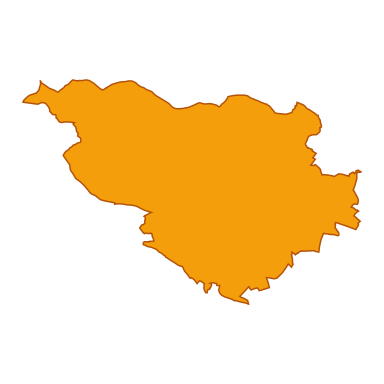 outline of Raciu, Mures, Romania
{"feature_id": "2599482B26505266969931", "entity_name": "Raciu", "entity_type": "district", "adm_level": 2, "iso_a3": "ROU", "parent_name": "Romania", "parent_adm1": "Mures", "projection": "robinson", "projection_center": [24.372, 46.712], "detail": "fine", "context": "isolated", "style": "filled", "palette": "amber", "viewbox_px": 384, "rotation_deg": 0, "n_neighbors": 0, "source": "geoboundaries", "source_scale": "gbopen_adm2", "svg_char_len": 5942}
<svg xmlns="http://www.w3.org/2000/svg" viewBox="0 0 384 384"><path d="M291.6,267.2L292.0,266.1L293.1,264.2L292.6,263.0L292.4,259.0L291.7,255.6L291.8,254.7L291.5,254.5L292.0,253.6L291.9,252.2L292.7,252.5L294.7,254.1L294.7,254.4L295.4,254.8L297.2,253.2L297.6,253.4L300.3,251.2L310.3,250.9L313.3,250.6L315.8,251.5L318.8,252.1L319.7,245.4L321.0,239.8L321.8,237.3L322.1,237.0L323.5,233.4L326.1,233.9L327.4,233.8L329.2,234.4L334.0,234.6L337.6,235.7L338.4,235.5L338.7,235.3L338.8,234.8L338.7,232.8L338.1,232.1L338.1,231.6L337.3,231.0L336.4,229.3L335.2,227.9L335.4,227.5L335.2,226.8L335.1,225.9L335.5,225.3L335.5,225.0L335.1,223.9L335.1,223.6L335.7,223.1L335.8,222.5L345.8,225.8L355.8,229.5L356.1,229.3L356.5,228.5L356.6,228.0L357.9,226.2L358.4,225.3L358.5,224.5L358.0,223.4L360.2,221.3L355.8,217.3L353.9,215.9L355.3,213.6L357.4,211.7L358.6,211.3L358.5,211.0L357.8,210.6L357.2,210.0L355.9,210.1L354.5,208.6L352.4,207.4L351.5,207.4L351.2,207.2L352.5,205.2L353.9,204.1L355.1,203.9L357.2,204.4L357.6,204.0L358.4,201.0L358.0,198.9L356.9,196.3L355.5,194.0L354.5,191.9L353.6,190.5L353.1,190.1L354.0,188.1L354.8,185.8L356.8,178.7L356.8,172.5L360.7,172.2L361.0,171.9L358.1,170.1L355.9,171.0L356.2,172.2L354.9,172.8L354.4,173.6L353.1,172.1L349.8,173.9L349.5,174.2L349.2,175.8L349.0,176.2L348.0,175.7L347.8,176.0L343.4,174.5L338.9,173.8L334.3,176.5L333.1,176.0L327.8,175.0L323.5,174.7L322.0,174.9L320.5,170.5L320.5,169.7L320.1,169.0L318.3,167.1L315.3,164.6L314.1,165.2L313.9,165.5L310.8,165.2L315.3,159.2L312.8,157.8L316.2,153.4L312.1,150.9L312.5,150.1L312.3,149.6L311.0,148.9L310.4,148.9L308.2,147.7L307.7,148.0L307.0,147.1L306.8,146.4L305.6,144.9L305.4,144.1L305.5,143.5L307.3,139.8L307.9,137.5L308.5,136.6L309.6,135.9L311.9,134.9L316.6,134.6L318.9,132.7L320.0,131.5L320.1,130.8L319.9,127.7L320.7,127.6L321.3,127.1L321.5,126.0L321.1,124.5L320.6,123.4L320.4,121.6L320.2,121.5L320.2,120.1L318.8,118.3L318.1,115.4L317.6,115.4L316.7,115.0L314.8,113.3L310.7,110.7L309.6,109.7L307.5,109.0L305.9,107.4L305.4,106.6L304.6,106.0L303.6,105.0L297.1,102.3L296.3,105.9L295.3,105.7L295.2,107.4L294.9,107.4L294.7,108.7L292.9,109.7L291.9,112.5L286.0,114.3L276.5,113.3L275.3,113.1L270.4,107.1L269.0,105.7L266.5,104.4L266.6,104.2L265.3,103.9L261.0,102.3L257.6,100.6L255.6,100.0L253.8,99.1L252.2,98.6L249.8,97.4L248.0,96.1L247.4,95.8L245.2,95.3L242.7,95.1L236.4,95.2L232.3,95.7L228.0,96.7L227.5,98.0L225.4,101.1L224.3,102.2L221.7,104.2L220.0,106.5L219.6,106.7L218.4,106.6L218.1,106.2L216.4,105.1L212.3,104.0L209.4,103.6L205.3,104.0L202.4,103.6L200.5,102.9L198.8,102.9L198.1,103.1L194.5,104.9L188.5,107.4L182.5,108.5L177.1,108.8L175.0,108.4L173.6,107.8L171.7,106.5L169.3,103.9L167.7,102.7L155.3,95.2L151.8,91.7L149.2,90.6L146.5,89.6L143.6,87.6L141.2,86.9L140.4,86.5L138.7,85.5L137.0,84.0L136.2,83.1L132.8,81.3L131.4,81.0L128.9,80.9L124.8,81.7L120.4,82.0L116.5,83.0L111.3,84.7L106.2,88.1L106.0,87.9L103.7,89.7L102.9,89.9L100.8,89.1L100.0,88.6L93.8,83.3L91.3,81.7L89.4,80.6L86.2,79.9L81.3,80.7L79.6,80.4L78.4,80.8L76.6,80.6L76.3,80.8L72.9,79.9L72.1,80.4L67.8,84.7L65.2,85.6L64.4,87.0L63.6,87.8L59.6,90.6L58.9,91.6L58.1,92.3L53.9,90.0L52.2,89.5L50.2,88.5L49.9,88.6L49.0,88.1L45.4,85.4L42.0,83.3L40.0,80.4L40.4,81.5L40.6,83.5L40.3,85.2L39.5,87.5L39.1,89.5L38.1,91.0L36.3,93.2L34.5,93.5L33.3,94.1L30.7,94.8L28.7,95.8L24.9,99.1L23.3,101.1L23.0,102.2L37.5,104.2L39.3,103.6L41.2,102.7L42.8,102.6L45.0,103.2L46.3,104.1L48.5,106.9L49.6,109.1L49.8,111.5L50.8,112.4L52.1,114.0L52.7,114.5L53.2,114.6L55.6,114.8L56.2,116.5L56.1,117.9L56.6,118.5L57.3,118.8L59.0,121.5L59.4,121.8L60.1,122.2L61.8,122.5L66.0,121.9L70.1,122.1L74.4,122.7L73.1,124.0L74.1,125.4L75.4,126.6L75.8,127.2L76.6,131.4L77.6,132.9L78.3,133.1L78.3,133.7L77.7,135.4L77.7,136.1L80.3,137.8L81.0,141.0L80.9,141.5L80.2,142.4L77.3,143.1L76.0,144.1L73.2,145.2L71.4,147.1L69.8,147.9L68.9,149.4L65.8,151.5L64.4,153.3L63.3,155.2L63.4,155.7L64.2,157.0L69.6,164.6L69.8,165.2L70.1,168.2L70.5,170.0L70.9,170.8L73.1,173.9L75.5,178.2L76.3,179.0L80.1,181.6L84.6,185.9L88.7,190.9L89.7,192.4L90.6,193.2L91.8,194.1L95.6,195.7L97.8,197.7L100.4,199.6L104.2,200.8L114.2,202.7L115.0,203.0L114.7,204.2L117.7,203.8L121.5,203.9L126.7,204.8L131.2,205.1L135.6,205.9L137.9,206.9L141.8,209.0L144.6,210.3L151.3,212.4L149.8,213.0L147.0,214.7L145.1,215.5L144.0,216.3L145.3,217.5L145.3,219.6L144.7,220.2L144.9,220.7L144.7,223.5L143.0,224.7L142.2,224.8L141.4,225.3L141.1,226.3L140.4,226.9L139.7,228.1L139.9,228.5L140.7,229.2L141.6,230.6L141.9,230.7L143.1,232.7L143.5,232.8L144.3,233.7L145.8,233.1L148.1,233.6L149.3,233.5L150.7,233.1L150.8,233.5L151.8,233.7L151.9,234.7L152.2,235.1L152.3,236.4L152.6,237.2L153.0,237.7L153.9,241.0L153.4,241.2L149.6,241.4L149.3,241.4L149.3,241.9L144.5,241.7L143.8,242.1L143.4,242.6L143.2,244.3L143.3,244.6L144.0,245.0L145.3,245.2L147.1,246.4L151.5,247.3L156.0,249.2L156.8,249.8L159.0,252.0L161.9,253.5L163.5,255.0L165.5,256.3L165.5,256.8L165.9,257.4L166.9,257.7L169.3,259.5L174.1,262.4L178.4,265.3L180.9,266.2L182.4,266.5L184.6,271.2L187.3,274.2L189.8,277.9L190.9,278.2L191.3,277.7L193.2,278.9L194.8,280.4L197.1,283.6L199.1,281.1L199.5,280.9L201.1,281.3L204.5,283.9L204.1,284.4L204.0,286.9L203.9,287.5L203.9,288.3L204.6,290.6L205.0,291.0L205.5,292.5L205.8,292.7L206.1,292.8L207.2,292.7L207.6,290.3L208.1,289.5L209.5,289.3L210.1,288.4L210.2,287.5L210.9,286.9L211.3,285.9L211.6,284.7L211.5,284.1L211.3,283.7L210.2,283.4L212.1,282.7L213.2,282.7L215.1,283.4L216.4,283.5L216.6,283.5L216.9,285.5L219.7,285.5L218.8,289.7L218.9,291.1L220.2,293.8L221.9,295.4L224.8,296.9L232.0,299.3L234.3,300.7L236.4,300.7L238.6,301.5L245.5,303.0L247.8,303.6L248.1,304.1L248.6,304.1L247.6,300.4L246.6,300.0L244.5,298.6L241.9,297.5L241.3,297.5L239.8,296.3L244.5,291.5L248.7,286.7L248.9,286.6L249.3,287.8L251.1,290.0L251.5,289.9L252.3,289.4L255.9,288.2L257.5,288.0L259.3,290.7L269.4,287.6L268.0,282.2L266.5,277.7L268.5,277.7L274.2,278.8L277.0,278.1L282.1,273.1L285.5,268.4L288.3,264.0L291.6,267.2Z" fill="#f59e0b" stroke="#b45309" stroke-width="1.5"/></svg>